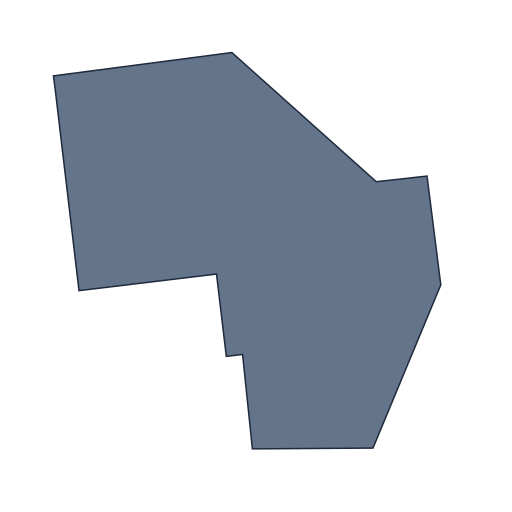 the district of Cameron, Pennsylvania, United States of America, rotated 353°
{"feature_id": "52423323B90482699939397", "entity_name": "Cameron", "entity_type": "district", "adm_level": 2, "iso_a3": "USA", "parent_name": "United States of America", "parent_adm1": "Pennsylvania", "projection": "robinson", "projection_center": [-78.213, 41.418], "detail": "fine", "context": "isolated", "style": "filled", "palette": "slate", "viewbox_px": 512, "rotation_deg": 353, "n_neighbors": 0, "source": "geoboundaries", "source_scale": "gbopen_adm2", "svg_char_len": 320}
<svg xmlns="http://www.w3.org/2000/svg" viewBox="0 0 512 512"><g transform="rotate(353 256 256)"><path d="M256.8,51.1L76.9,52.5L77.0,67.4L76.1,268.8L214.6,269.1L214.3,352.0L230.7,352.1L228.9,447.0L348.7,460.9L435.9,307.2L435.5,197.5L384.4,196.9L256.8,51.1Z" fill="#64748b" stroke="#1e293b" stroke-width="1.5"/></g></svg>